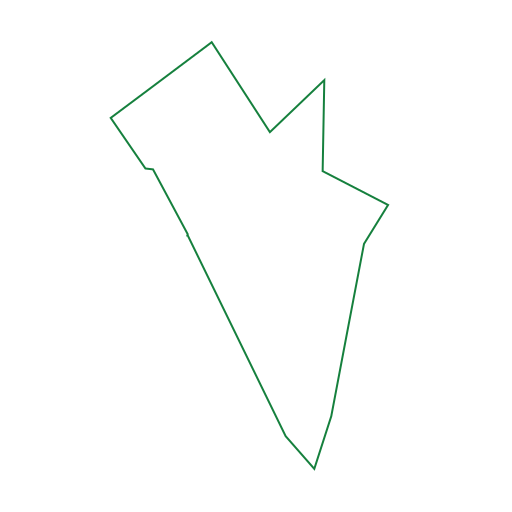 81, Ar Rayyān, Qatar, rotated 266°
{"feature_id": "91078587B52698515683272", "entity_name": "81", "entity_type": "district", "adm_level": 2, "iso_a3": "QAT", "parent_name": "Qatar", "parent_adm1": "Ar Rayyān", "projection": "natural_earth1", "projection_center": [51.325, 25.138], "detail": "fine", "context": "isolated", "style": "outline", "palette": "green", "viewbox_px": 512, "rotation_deg": 266, "n_neighbors": 0, "source": "geoboundaries", "source_scale": "gbopen_adm2", "svg_char_len": 402}
<svg xmlns="http://www.w3.org/2000/svg" viewBox="0 0 512 512"><g transform="rotate(266 256 256)"><path d="M39.6,299.3L90.9,319.9L172.3,341.3L260.6,364.6L297.7,391.3L336.0,328.4L426.7,336.4L378.6,278.5L472.4,226.7L471.3,225.1L431.4,163.4L403.9,120.7L351.0,151.8L349.6,159.3L282.5,189.4L281.4,189.0L281.4,189.3L202.2,221.3L74.2,273.0L39.6,299.3Z" fill="none" stroke="#15803d" stroke-width="2"/></g></svg>